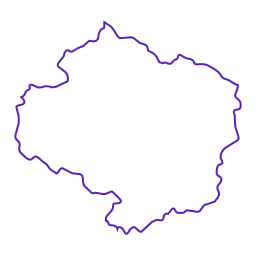 map outline of Vysočina (Albers equal-area conic projection)
{"feature_id": "CZE-1594", "entity_name": "Vysočina", "entity_type": "Region", "adm_level": 1, "iso_a3": "CZE", "parent_name": "Czechia", "parent_adm1": "", "projection": "albers", "projection_center": [15.646, 49.41], "detail": "fine", "context": "isolated", "style": "outline", "palette": "violet", "viewbox_px": 256, "rotation_deg": 0, "n_neighbors": 0, "source": "natural_earth", "source_scale": "10m", "svg_char_len": 4054}
<svg xmlns="http://www.w3.org/2000/svg" viewBox="0 0 256 256"><path d="M237.9,85.0L237.6,87.5L237.0,90.1L235.2,94.7L235.2,95.9L235.5,96.9L239.6,100.9L240.2,102.0L240.5,103.3L240.6,104.7L240.6,106.1L240.4,107.4L239.9,108.4L239.4,109.1L235.0,110.0L234.3,110.5L233.9,111.3L233.8,112.3L234.7,115.3L235.2,125.7L235.5,127.3L238.3,136.1L238.5,137.6L238.4,139.0L237.8,140.1L225.0,148.1L223.1,150.0L221.6,152.6L221.0,154.0L220.7,155.6L220.6,157.0L220.8,158.1L221.0,159.0L222.1,160.9L222.3,161.6L222.4,162.4L222.3,163.2L221.8,163.7L218.7,165.0L218.0,165.7L217.5,166.7L216.8,169.5L216.6,172.4L216.8,173.7L217.2,174.8L217.8,175.6L219.6,176.5L220.4,177.1L221.0,178.0L221.3,178.9L221.3,180.0L221.0,181.2L220.3,182.5L218.3,185.0L217.7,186.2L217.4,187.3L217.4,188.4L217.6,189.4L218.8,192.3L219.1,193.3L219.1,194.3L218.8,195.4L217.8,197.7L214.6,201.7L204.2,205.1L203.6,205.7L200.5,210.3L199.3,211.3L197.7,211.9L187.4,210.3L186.8,210.4L184.1,212.4L183.2,212.8L178.7,213.0L177.0,212.5L176.2,211.9L175.5,211.0L174.8,209.6L174.0,208.6L173.0,208.5L171.9,209.1L168.1,213.9L167.5,213.7L166.1,213.7L165.3,214.0L164.6,214.6L164.0,215.7L163.3,218.9L162.5,219.9L161.6,220.4L156.4,219.9L152.2,221.8L141.4,231.7L140.5,231.8L139.6,231.5L135.1,227.6L134.1,227.2L133.1,227.3L132.1,227.7L130.6,228.9L129.5,230.2L129.1,231.1L127.9,232.9L127.1,233.6L126.2,233.8L125.4,233.3L122.6,228.8L121.5,227.8L120.4,227.3L119.4,227.1L118.5,227.3L117.8,227.9L117.4,229.0L117.2,228.2L116.5,227.0L115.8,226.4L115.1,225.9L113.4,225.5L111.0,225.3L110.0,225.1L109.0,224.5L108.5,223.4L107.8,221.9L107.4,221.3L106.9,221.1L106.4,221.1L106.1,221.0L105.9,220.5L105.8,219.5L106.1,217.7L106.4,216.8L107.0,215.9L111.9,210.2L112.6,208.7L113.0,207.6L113.1,205.9L113.3,204.9L113.6,204.0L114.0,203.6L114.8,203.5L118.1,203.3L119.1,203.0L119.9,202.6L120.5,202.1L120.9,201.6L120.9,201.0L120.7,200.2L119.7,198.9L112.6,191.9L112.1,191.6L111.6,191.5L111.0,191.7L105.2,194.0L103.1,194.1L96.1,192.8L95.4,192.8L92.9,193.3L92.2,193.1L91.6,192.8L84.6,186.1L83.9,185.1L83.4,183.5L83.0,181.5L82.8,177.8L82.2,175.9L81.3,174.7L80.1,174.2L72.8,173.3L71.2,172.8L70.5,172.4L62.8,168.3L61.8,168.2L61.0,168.5L60.3,169.0L57.6,172.9L57.0,173.4L56.4,173.4L50.4,169.5L46.5,164.2L42.3,161.3L39.0,158.1L36.6,156.7L35.3,156.5L34.1,157.0L31.5,159.3L30.2,159.7L28.8,159.5L26.0,157.8L20.5,152.5L19.7,151.3L19.3,150.2L19.2,149.1L19.6,144.4L19.5,143.3L19.2,142.5L18.8,141.9L16.4,139.5L15.7,138.4L15.4,137.0L15.4,135.4L18.7,123.1L18.8,118.9L18.5,115.2L16.3,107.2L16.7,106.3L17.6,105.7L22.8,104.3L23.8,103.5L24.4,102.5L24.4,101.4L24.0,100.4L23.4,99.3L21.3,97.1L22.5,96.6L24.3,95.0L24.9,93.9L25.3,92.9L25.6,92.1L26.1,91.3L26.5,90.8L29.3,89.3L29.7,88.9L29.9,88.2L29.6,86.9L29.5,86.4L29.6,85.8L29.8,85.2L30.2,84.9L30.9,84.7L32.1,84.8L37.9,87.4L39.5,87.5L41.6,87.3L45.0,86.3L49.3,86.4L51.8,87.4L56.0,86.8L67.6,81.3L67.9,78.6L67.6,76.1L66.8,74.1L66.1,72.8L65.2,71.9L58.6,66.9L58.0,65.9L57.7,65.0L58.2,63.3L58.9,62.1L62.2,58.2L63.5,56.5L63.9,55.6L64.1,54.7L64.3,53.7L64.6,52.7L65.1,51.9L65.7,51.2L66.3,50.6L66.5,50.5L67.5,50.2L68.0,50.2L68.3,50.3L68.9,50.8L70.1,51.5L70.9,51.7L71.6,51.7L72.1,51.6L78.2,48.0L83.3,46.0L88.5,41.4L89.4,40.9L90.0,40.9L90.8,41.1L93.2,41.4L95.2,41.1L96.4,40.5L97.3,39.7L97.8,38.9L98.2,37.9L98.7,34.3L99.0,33.3L99.3,32.4L99.5,31.9L100.0,31.1L100.5,30.3L101.6,29.2L102.1,28.8L103.6,28.3L104.1,27.7L104.3,26.5L104.3,24.1L104.4,22.2L110.8,26.5L113.6,29.8L117.4,36.0L118.9,37.7L119.8,38.2L130.9,37.3L133.5,38.0L140.2,43.2L144.1,44.2L146.2,45.4L147.0,46.3L147.5,47.4L147.8,49.7L148.2,50.4L148.7,51.0L152.6,52.9L155.0,54.8L157.0,57.5L159.3,62.2L163.0,63.2L164.1,62.6L165.4,62.5L167.4,63.4L169.0,63.8L170.4,63.8L171.8,62.9L174.0,60.3L174.7,59.9L176.4,59.3L177.1,58.8L177.6,57.9L178.3,56.0L178.6,55.4L179.2,54.9L180.1,54.9L181.1,55.3L183.2,56.7L185.2,57.7L187.4,58.5L190.8,59.2L192.4,60.1L193.5,61.1L193.9,62.3L194.4,63.3L195.5,64.1L197.1,64.4L200.2,64.1L204.0,64.2L207.0,65.1L211.4,67.3L216.9,70.9L218.8,72.5L220.2,74.1L221.1,75.8L222.2,77.3L223.8,78.4L229.0,80.3L235.0,84.1L237.9,85.0Z" fill="none" stroke="#5b21b6" stroke-width="2"/></svg>